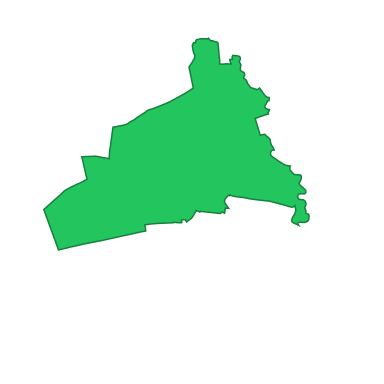 the district of Uliesti, Dâmbovita, Romania, rotated 42°
{"feature_id": "2599482B47598366841918", "entity_name": "Uliesti", "entity_type": "district", "adm_level": 2, "iso_a3": "ROU", "parent_name": "Romania", "parent_adm1": "Dâmbovita", "projection": "robinson", "projection_center": [25.414, 44.587], "detail": "fine", "context": "isolated", "style": "filled", "palette": "green", "viewbox_px": 384, "rotation_deg": 42, "n_neighbors": 0, "source": "geoboundaries", "source_scale": "gbopen_adm2", "svg_char_len": 5740}
<svg xmlns="http://www.w3.org/2000/svg" viewBox="0 0 384 384"><g transform="rotate(42 192 192)"><path d="M293.7,145.4L293.0,145.2L292.2,145.0L291.9,144.8L291.5,144.1L291.5,143.5L292.0,142.7L292.8,141.8L294.7,140.5L295.5,139.7L296.2,138.9L296.5,138.5L297.2,137.1L297.5,136.3L297.4,135.3L297.2,134.4L296.6,133.6L295.9,132.6L295.1,131.5L294.6,131.0L293.6,130.6L292.8,130.8L291.7,131.3L290.7,131.5L289.4,129.9L289.2,129.7L287.8,129.1L286.3,128.1L285.9,127.4L285.7,126.3L285.0,124.9L283.6,123.7L282.0,123.1L280.1,123.2L278.3,124.5L276.5,125.8L275.2,125.6L274.2,125.2L273.1,124.1L272.8,123.1L272.9,122.3L273.1,121.7L273.8,120.6L276.6,118.5L277.1,117.6L276.8,115.9L275.5,114.7L272.8,114.5L269.7,114.5L266.9,114.5L265.7,113.8L265.0,110.7L263.9,108.5L262.6,107.0L261.2,106.8L259.8,107.9L257.2,109.9L255.8,110.7L249.8,110.0L248.0,107.9L247.8,106.9L243.2,109.7L237.1,110.9L228.6,112.0L225.8,112.0L224.2,110.3L223.6,109.2L223.4,108.1L223.7,107.1L225.0,105.9L222.8,104.8L221.6,104.4L220.6,104.2L220.0,104.0L218.8,103.5L218.1,103.2L217.1,102.5L216.3,101.9L215.8,101.4L215.0,100.8L214.3,100.5L213.6,100.5L211.1,100.4L210.6,100.6L209.0,100.6L207.9,100.5L207.3,100.5L204.6,104.1L189.8,95.1L191.2,92.2L193.2,88.7L194.7,85.9L196.6,82.8L195.3,82.3L195.2,80.6L194.5,78.9L192.2,80.2L190.7,80.5L189.3,80.1L188.5,79.7L188.3,77.5L187.2,73.6L188.2,72.7L186.3,70.1L185.4,70.7L184.7,71.1L183.9,71.3L183.1,71.5L182.2,71.5L181.3,71.4L180.2,71.2L177.4,70.6L172.7,69.5L172.1,72.2L167.3,74.4L165.6,75.2L163.7,74.7L160.3,74.1L158.9,73.1L156.9,72.5L154.8,72.8L154.2,72.7L153.6,72.3L153.2,70.5L152.1,69.0L151.0,68.5L150.0,68.5L148.2,69.2L146.5,69.1L144.9,67.4L143.1,64.6L140.5,63.8L139.6,63.2L139.3,61.4L138.4,60.2L137.4,59.6L136.3,59.6L135.2,60.1L133.4,61.3L131.7,62.6L130.9,63.1L131.5,64.9L133.2,66.3L131.4,68.3L133.0,69.4L135.4,70.8L135.0,71.1L134.9,71.1L133.0,72.8L132.3,73.2L129.0,76.7L126.8,78.3L124.8,75.9L124.3,75.5L123.4,74.6L122.6,74.0L121.6,73.1L120.0,71.7L118.9,70.6L115.6,67.6L114.3,66.3L113.2,65.4L112.3,64.6L111.8,64.0L111.0,63.7L110.9,63.7L110.5,63.8L107.1,65.5L106.4,65.7L105.9,65.9L105.6,66.1L105.3,66.4L105.0,66.7L104.9,67.0L103.5,67.0L102.7,66.9L102.3,66.8L101.2,66.8L101.2,67.7L100.5,68.2L98.1,70.3L97.6,70.8L96.9,71.4L96.4,72.0L95.6,72.7L95.4,73.0L95.1,73.4L94.9,73.8L94.8,74.0L94.7,74.2L94.4,74.5L94.1,74.9L93.8,75.2L93.6,75.6L93.5,75.8L93.5,76.1L93.5,76.5L93.7,77.2L93.8,77.3L94.3,78.2L94.7,79.0L94.3,79.3L94.1,79.4L93.8,79.5L93.5,79.6L93.4,79.7L93.2,79.9L93.6,81.4L93.8,81.9L94.0,82.5L94.3,83.1L95.0,83.6L95.4,83.9L96.3,84.7L97.2,85.4L98.5,86.4L99.0,86.7L99.6,87.2L99.9,87.3L100.0,87.5L102.8,88.6L103.4,89.5L103.8,90.1L104.1,90.4L104.2,90.6L104.3,90.9L104.6,92.2L104.7,92.7L104.9,93.6L104.9,93.9L105.0,94.0L105.1,94.3L105.4,96.0L106.1,101.0L108.6,103.0L112.0,105.5L113.9,106.8L115.4,107.9L116.3,108.7L117.4,109.5L118.7,110.4L121.1,112.2L122.1,112.9L123.4,114.0L122.8,116.1L122.4,117.8L121.8,120.0L121.5,121.2L121.3,121.8L121.0,122.9L118.8,129.3L117.6,132.7L116.8,135.1L116.2,136.7L115.1,139.9L115.1,140.2L114.7,140.8L113.8,142.8L111.7,147.2L110.8,149.0L109.1,152.5L108.0,154.7L107.6,155.3L105.7,158.6L104.6,160.6L104.4,161.1L104.1,162.2L104.0,163.7L101.4,173.0L100.6,177.2L100.2,178.4L99.9,179.1L99.3,180.7L99.0,181.5L98.8,182.5L98.6,183.7L98.4,184.6L98.3,184.9L97.5,186.5L96.6,188.0L96.4,188.1L94.8,190.2L94.6,190.6L94.4,190.8L93.6,191.7L93.3,192.2L92.4,193.6L91.1,195.2L90.7,195.8L90.5,196.0L89.9,196.6L91.4,198.9L94.4,203.4L97.3,207.5L98.8,209.9L100.0,211.5L103.7,217.1L104.6,218.3L105.0,218.7L107.2,221.6L108.1,222.7L105.3,224.4L103.0,225.9L101.2,227.0L100.1,227.7L99.6,227.8L97.4,229.3L96.0,230.1L95.9,230.5L95.6,230.7L86.5,239.5L87.0,239.9L87.7,240.4L88.9,241.2L91.7,243.1L92.6,243.8L92.9,244.0L93.5,244.4L93.7,244.6L94.4,245.0L97.1,247.0L97.6,247.4L98.2,247.7L100.7,249.5L101.6,250.1L103.9,251.7L105.5,252.9L105.5,253.0L105.1,253.9L104.4,255.6L104.1,256.6L103.8,257.3L103.3,258.7L103.1,259.3L102.7,260.4L102.1,261.5L101.8,262.2L101.2,263.5L100.7,264.8L99.3,268.1L99.2,268.4L98.4,270.2L98.5,270.4L98.3,270.8L98.2,271.1L97.8,272.2L97.7,272.5L97.4,273.3L97.0,274.6L96.7,275.3L96.5,276.1L96.4,276.6L96.3,277.5L96.2,280.0L96.1,281.5L95.9,283.1L95.7,284.8L95.7,285.0L95.4,287.4L95.0,291.0L94.8,293.1L94.6,294.8L93.6,304.2L107.9,311.8L120.0,318.2L131.6,324.4L138.0,315.0L138.9,313.6L140.4,311.7L146.3,303.2L146.6,302.8L148.3,300.6L154.5,292.3L155.8,290.5L156.2,290.1L157.9,287.8L162.7,281.0L162.9,280.8L168.2,273.3L171.6,268.6L172.6,267.3L176.4,261.9L179.6,257.4L180.6,256.0L182.0,254.2L183.7,251.9L183.2,251.5L181.4,249.9L181.0,249.6L179.0,248.0L182.0,244.2L186.8,239.1L190.4,235.5L194.6,231.4L198.8,227.3L198.8,226.7L199.0,226.4L199.3,226.2L199.8,226.0L203.1,223.4L204.9,221.6L202.7,219.8L205.1,217.4L205.7,217.1L208.1,217.9L208.2,216.5L208.8,214.1L209.2,211.6L208.9,209.1L208.0,205.1L207.9,203.5L207.3,203.1L208.3,202.6L209.7,202.1L211.3,201.6L211.2,200.9L211.3,200.7L219.5,194.7L227.5,189.0L227.7,186.9L229.1,186.3L230.4,186.0L227.6,181.6L230.2,179.6L223.1,178.0L221.2,175.3L221.2,174.1L221.3,170.1L222.2,169.6L221.9,169.2L224.6,167.9L228.2,165.8L229.8,164.6L231.6,163.4L233.9,161.7L237.2,159.7L238.1,159.3L244.3,155.2L246.3,153.7L246.5,153.6L252.2,149.5L254.2,148.1L254.3,148.0L255.0,147.5L256.7,146.4L258.3,145.6L261.3,144.1L261.8,143.8L265.3,142.1L270.2,139.5L272.5,138.5L273.6,138.0L275.1,137.2L275.8,136.8L276.3,136.5L276.6,136.2L277.0,135.8L277.2,135.3L277.4,134.5L277.5,134.3L277.6,133.7L277.6,133.4L277.7,133.5L278.3,134.0L278.6,134.2L279.0,134.4L279.6,134.7L280.5,135.4L281.0,135.8L281.7,136.6L282.4,138.1L282.7,138.7L283.1,139.6L283.2,140.4L283.3,140.9L283.4,142.0L283.6,143.0L284.1,144.5L284.8,145.8L285.2,146.5L285.8,147.0L286.6,147.3L287.3,147.3L291.5,146.0L293.7,145.4Z" fill="#22c55e" stroke="#15803d" stroke-width="1.5"/></g></svg>